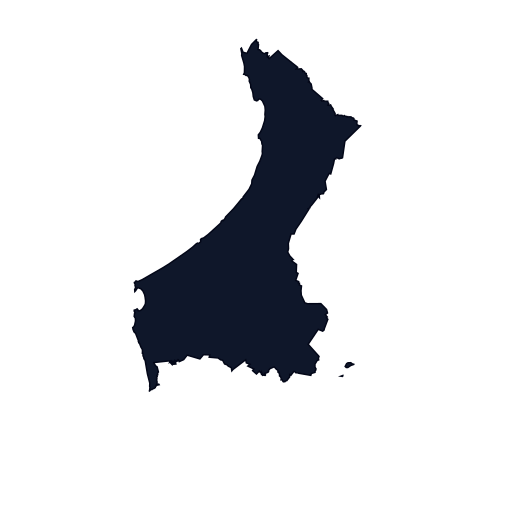 the district of Comondú, Baja California Sur, Mexico, rotated 40°
{"feature_id": "50627088B21176552123181", "entity_name": "Comondú", "entity_type": "district", "adm_level": 2, "iso_a3": "MEX", "parent_name": "Mexico", "parent_adm1": "Baja California Sur", "projection": "albers", "projection_center": [-111.876, 25.447], "detail": "fine", "context": "isolated", "style": "filled", "palette": "ink", "viewbox_px": 512, "rotation_deg": 40, "n_neighbors": 0, "source": "geoboundaries", "source_scale": "gbopen_adm2", "svg_char_len": 6061}
<svg xmlns="http://www.w3.org/2000/svg" viewBox="0 0 512 512"><g transform="rotate(40 256 256)"><path d="M252.4,89.0L252.1,89.1L251.2,90.3L250.8,90.0L249.4,90.6L248.1,89.8L246.7,87.7L243.6,88.8L242.8,87.9L242.1,87.7L240.6,88.4L239.6,88.3L238.3,89.1L237.9,90.0L236.9,90.1L236.8,90.7L236.3,91.0L235.8,90.8L234.5,91.6L233.3,91.7L233.0,93.1L231.4,93.0L228.9,95.2L228.3,95.5L227.8,95.1L226.6,97.5L225.9,97.2L225.0,96.0L220.0,94.1L220.3,93.7L217.5,93.0L216.2,92.3L215.6,92.5L215.2,93.6L214.1,94.3L213.6,92.3L212.4,92.2L211.5,91.3L208.7,93.6L208.1,93.3L207.8,93.6L207.0,95.0L205.9,94.8L205.9,92.6L191.3,92.4L191.1,91.5L187.7,88.8L186.1,88.6L184.4,89.0L184.6,88.0L183.7,87.7L182.2,85.8L181.2,86.5L180.2,86.4L178.9,85.0L177.9,85.0L177.2,83.9L176.0,84.4L175.1,83.8L173.8,83.7L173.2,84.6L172.6,83.8L170.4,83.5L166.6,87.0L166.6,84.7L146.5,85.2L140.9,84.5L139.2,96.5L138.7,96.5L137.9,95.7L137.5,94.7L137.3,95.2L136.1,95.2L136.9,95.8L136.8,96.3L135.9,95.7L135.5,94.8L134.6,94.1L134.5,92.9L134.2,92.8L132.9,94.1L133.0,94.6L132.5,95.4L131.4,96.0L128.9,96.2L127.5,95.7L126.1,95.8L124.8,96.5L122.0,92.4L121.2,92.2L120.3,91.0L119.1,91.4L118.0,91.2L117.2,89.4L116.6,96.8L118.8,106.6L115.1,108.2L111.2,106.1L111.1,106.9L115.0,110.0L116.1,111.6L122.6,115.9L125.4,118.2L129.3,123.0L129.8,124.7L130.7,124.1L132.3,124.1L133.4,123.2L135.9,123.9L137.4,124.9L138.4,126.4L141.6,128.0L143.8,130.4L145.5,130.9L148.6,132.9L151.4,135.6L154.4,137.5L156.7,136.8L157.4,135.7L157.2,135.3L157.4,133.7L158.8,132.9L161.3,133.1L166.6,135.6L169.3,138.3L171.8,141.8L173.4,143.3L175.7,146.9L178.6,153.9L179.8,158.5L179.9,161.7L182.3,164.2L183.7,163.2L184.6,163.9L186.4,164.4L188.6,166.4L189.9,167.0L193.6,172.0L194.9,173.2L195.8,174.8L198.0,180.9L199.3,186.6L202.9,195.0L204.1,200.4L206.3,203.4L207.8,209.4L208.2,219.0L208.8,220.2L208.3,221.7L208.4,234.3L207.6,245.6L208.1,247.0L208.3,249.8L207.7,249.8L207.3,250.6L207.1,251.9L207.7,252.7L207.7,254.4L205.5,270.5L204.2,276.0L203.2,277.4L202.9,278.5L203.1,279.3L203.9,279.8L204.5,280.9L204.1,283.1L202.9,283.7L202.4,285.1L201.7,290.2L200.0,297.7L194.4,318.2L192.1,325.2L183.9,347.5L182.0,351.4L180.1,352.2L180.4,352.8L179.8,354.4L180.1,354.8L181.7,355.4L182.3,356.4L183.5,357.1L184.1,357.8L184.6,359.7L186.0,361.1L186.1,360.1L185.7,356.7L186.5,355.9L188.9,355.1L191.9,355.5L195.5,357.2L197.5,358.8L200.3,361.4L201.9,363.6L202.4,365.1L203.0,369.2L202.8,371.0L202.0,373.0L200.9,373.7L200.2,373.1L198.9,372.9L198.4,374.6L197.5,375.7L198.0,376.5L199.9,377.1L199.7,377.8L201.5,380.6L203.6,381.2L205.5,383.3L207.5,387.1L207.9,389.3L207.5,390.0L209.4,391.6L209.8,391.5L210.9,392.0L211.0,392.4L211.9,392.3L212.1,392.7L213.2,392.5L220.6,396.6L220.9,397.2L221.4,397.2L221.9,397.8L223.3,398.0L226.5,399.8L228.7,400.5L230.0,401.6L231.4,403.5L231.8,403.2L232.3,403.4L233.0,404.5L234.0,405.3L235.3,405.8L235.7,406.4L236.3,406.4L236.9,407.0L237.3,406.9L238.5,407.5L248.6,416.1L256.4,421.7L258.3,424.2L259.2,424.8L260.9,427.4L261.2,428.5L261.3,425.9L262.1,425.3L262.2,424.4L263.0,423.0L263.4,421.5L262.8,420.5L263.1,419.5L262.9,419.0L264.5,416.9L263.9,416.7L262.7,417.8L262.5,418.4L262.2,418.4L262.0,417.2L261.1,416.0L259.5,414.8L259.0,413.7L258.0,413.0L257.8,411.8L256.9,411.4L257.1,410.2L255.8,408.8L255.8,407.6L251.5,404.5L249.2,404.7L248.3,404.1L246.4,403.8L246.1,403.4L258.6,390.4L259.3,391.0L259.9,390.4L261.0,390.4L261.7,390.6L261.9,391.5L261.7,391.9L260.6,391.2L260.0,391.7L260.4,392.4L259.8,392.5L259.2,392.1L259.5,391.9L258.6,391.7L258.8,392.0L258.5,392.5L258.5,391.9L258.0,392.2L258.0,391.8L258.0,392.2L258.2,392.6L258.9,392.9L258.6,392.7L259.2,392.6L261.3,393.1L262.6,393.1L261.4,393.0L262.2,392.6L261.6,392.8L261.3,392.0L262.2,392.1L263.5,390.8L263.1,390.5L263.9,390.2L262.7,389.0L262.2,389.2L262.9,390.1L261.5,389.5L260.6,388.8L260.6,388.4L261.2,388.5L261.0,388.1L261.9,387.8L262.6,388.3L262.5,388.1L263.1,387.5L262.8,387.1L263.3,386.6L262.7,386.3L262.8,385.6L263.7,385.7L264.2,386.1L264.4,386.1L264.2,385.7L264.5,385.8L265.1,386.2L267.2,381.9L267.0,376.2L279.2,370.9L279.2,365.4L284.2,361.4L285.2,363.6L292.5,358.5L295.6,358.3L297.5,357.3L301.3,358.9L303.7,358.0L305.5,358.2L308.8,357.4L311.3,359.5L311.3,357.7L314.8,342.1L317.3,344.1L321.0,342.8L320.5,345.6L327.0,343.9L327.1,346.0L332.2,346.1L332.5,341.9L333.6,342.1L334.1,341.6L334.2,342.4L334.9,342.2L334.8,341.8L335.5,342.5L335.9,341.9L336.3,342.3L335.9,342.6L336.5,343.2L337.1,342.7L337.8,343.1L338.2,342.4L338.1,342.0L338.9,341.6L339.1,342.0L339.8,341.5L339.7,341.0L338.1,340.3L339.2,338.8L340.0,336.9L339.9,336.4L339.2,335.8L339.1,333.3L341.2,329.2L344.6,329.7L346.1,329.4L347.5,330.8L348.2,330.2L348.7,330.9L349.4,330.9L351.2,332.8L351.8,332.6L353.8,333.3L354.8,334.8L355.7,334.0L357.4,334.8L358.1,334.6L359.0,333.5L358.7,332.9L359.7,331.7L359.5,327.0L358.0,325.2L359.4,324.9L359.2,320.1L360.1,319.6L361.4,319.9L363.7,318.3L364.0,318.4L374.7,312.2L373.9,310.4L376.0,307.2L375.1,306.0L375.1,304.9L374.4,304.3L374.5,303.9L372.6,303.2L370.7,301.0L370.0,296.6L370.8,295.3L369.5,294.2L368.8,292.4L352.7,290.1L350.8,272.2L355.4,270.7L355.7,268.9L355.1,267.9L351.7,258.3L349.6,258.1L349.8,256.9L346.8,256.4L347.4,253.7L344.4,251.6L336.3,250.8L326.2,259.4L323.5,260.5L315.9,256.9L312.8,253.7L310.1,249.7L307.7,250.3L306.8,248.9L305.7,249.4L305.1,248.2L302.1,249.2L299.4,242.3L297.4,242.7L292.5,236.4L286.4,236.8L286.4,235.1L286.7,234.8L281.8,234.2L277.7,232.6L276.3,229.6L272.6,225.5L268.7,216.6L271.0,214.7L269.3,209.7L268.4,200.4L266.4,186.2L265.6,186.2L266.3,184.5L265.7,183.0L265.9,182.0L265.6,172.3L264.7,170.4L267.1,170.6L265.6,169.0L263.5,169.0L265.1,168.2L266.6,165.7L267.4,165.4L267.6,164.7L267.2,164.3L266.8,162.1L267.1,161.8L267.2,159.8L260.8,154.3L258.9,145.8L260.5,145.1L256.0,135.3L253.7,131.2L254.6,130.4L254.3,130.2L254.7,128.6L256.7,128.3L257.6,127.7L257.9,126.7L258.8,126.0L259.1,125.1L250.3,110.9L252.3,90.6L252.0,90.2L252.4,90.0L252.4,89.0ZM399.0,278.9L400.9,275.7L399.5,276.7L397.2,276.8L395.1,278.7L394.6,280.2L395.3,283.3L396.8,283.4L398.0,282.4L399.0,278.9ZM399.6,292.0L399.3,291.7L398.3,293.5L399.6,292.7L399.6,292.0Z" fill="#0f172a" stroke="#020617" stroke-width="1.5"/></g></svg>